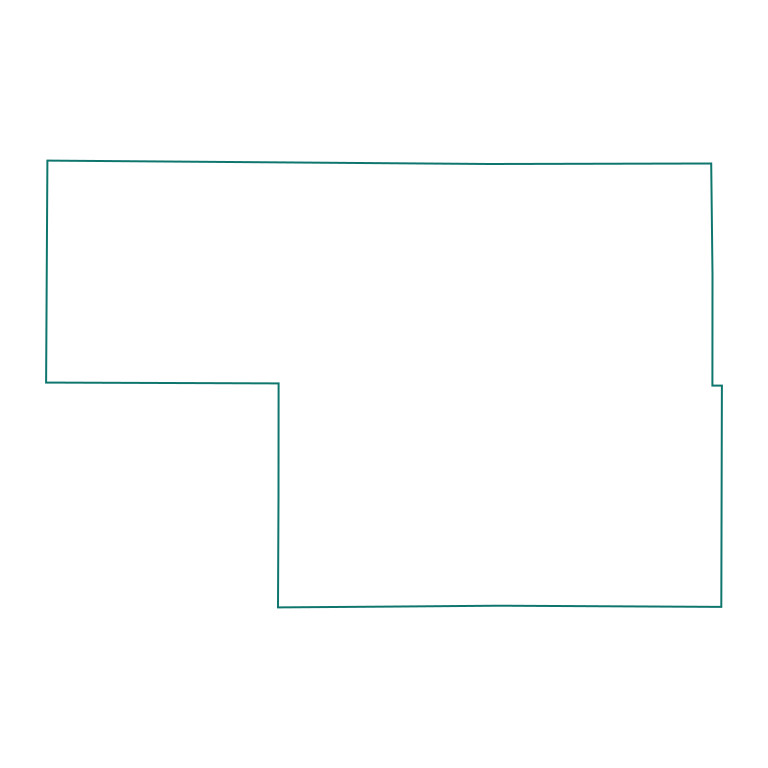 Montcalm, Michigan, United States of America (orthographic projection)
{"feature_id": "52423323B91024562611381", "entity_name": "Montcalm", "entity_type": "district", "adm_level": 2, "iso_a3": "USA", "parent_name": "United States of America", "parent_adm1": "Michigan", "projection": "orthographic", "projection_center": [-85.151, 43.293], "detail": "fine", "context": "isolated", "style": "outline", "palette": "teal", "viewbox_px": 768, "rotation_deg": 0, "n_neighbors": 0, "source": "geoboundaries", "source_scale": "gbopen_adm2", "svg_char_len": 304}
<svg xmlns="http://www.w3.org/2000/svg" viewBox="0 0 768 768"><path d="M489.7,164.0L47.4,160.6L46.1,382.6L56.1,382.6L278.6,383.4L278.5,495.5L278.0,607.4L388.8,606.6L499.3,605.7L721.3,606.9L721.9,385.6L712.4,385.6L712.5,274.6L711.2,163.5L489.7,164.0Z" fill="none" stroke="#0f766e" stroke-width="2"/></svg>